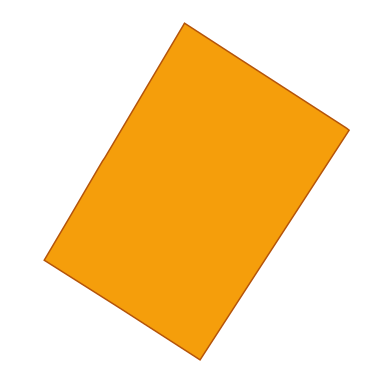 Greene, Mississippi, United States of America, rotated 213°
{"feature_id": "52423323B4006821929898", "entity_name": "Greene", "entity_type": "district", "adm_level": 2, "iso_a3": "USA", "parent_name": "United States of America", "parent_adm1": "Mississippi", "projection": "equal_earth", "projection_center": [-88.55, 31.217], "detail": "fine", "context": "isolated", "style": "filled", "palette": "amber", "viewbox_px": 384, "rotation_deg": 213, "n_neighbors": 0, "source": "geoboundaries", "source_scale": "gbopen_adm2", "svg_char_len": 389}
<svg xmlns="http://www.w3.org/2000/svg" viewBox="0 0 384 384"><g transform="rotate(213 192 192)"><path d="M93.8,55.6L93.9,159.9L93.9,329.4L97.0,329.7L224.8,329.5L290.2,329.5L290.2,328.3L290.1,327.7L287.2,256.5L284.2,183.6L284.2,182.9L283.8,173.1L283.9,169.4L283.5,160.0L280.9,104.6L279.2,63.7L278.8,54.3L190.9,55.3L93.8,55.6Z" fill="#f59e0b" stroke="#b45309" stroke-width="1.5"/></g></svg>